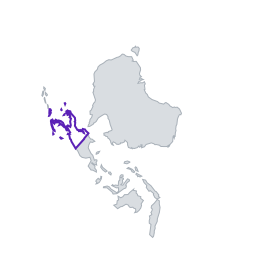 Papua New Guinea shown with its bordering countries, rotated 221°
{"feature_id": "PNG", "entity_name": "Papua New Guinea", "entity_type": "country or territory", "adm_level": 0, "iso_a3": "PNG", "parent_name": "Oceania", "parent_adm1": "", "projection": "orthographic", "projection_center": [148.76, -6.492], "detail": "medium", "context": "with_neighbors", "style": "outline", "palette": "violet", "viewbox_px": 256, "rotation_deg": 221, "n_neighbors": 3, "source": "natural_earth", "source_scale": "50m", "svg_char_len": 6861}
<svg xmlns="http://www.w3.org/2000/svg" viewBox="0 0 256 256"><g transform="rotate(221 128 128)"><path d="M154.2,78.2L154.5,98.1L151.8,95.7L148.8,95.1L148.0,96.0L144.3,96.2L145.5,93.7L147.3,92.8L146.5,89.5L145.0,86.9L139.2,84.5L136.7,84.3L132.2,81.6L131.4,83.1L130.3,83.4L129.6,82.3L129.5,81.0L127.3,79.5L130.4,78.3L132.5,78.3L132.3,77.5L128.0,77.7L126.8,75.9L124.2,75.4L122.9,74.0L126.9,73.1L128.4,72.0L133.1,73.1L134.4,79.2L137.5,80.9L140.0,77.6L143.4,75.7L146.1,75.6L150.9,77.7L154.2,78.2ZM107.9,98.9L108.4,100.4L106.7,102.8L104.4,103.6L104.1,103.3L105.3,100.3L107.9,98.9ZM134.1,91.8L133.7,89.5L134.8,87.3L135.5,88.2L135.5,89.7L134.1,91.8ZM88.1,60.4L86.5,63.2L88.4,66.0L87.9,67.4L90.8,70.0L87.7,70.6L86.8,72.7L86.9,75.4L84.4,77.7L84.4,80.7L83.6,85.5L83.2,84.4L80.3,86.0L79.2,84.2L77.5,84.2L76.2,83.3L73.3,84.6L72.3,83.2L68.8,83.4L68.3,79.3L67.1,78.6L65.9,76.1L65.6,73.4L65.9,70.6L67.4,68.5L67.7,70.5L69.3,72.0L70.9,71.3L72.4,71.4L73.9,69.7L75.1,69.3L77.4,70.0L79.5,69.2L80.9,64.9L81.9,63.8L82.9,60.3L88.1,60.4ZM119.7,79.8L122.9,80.5L124.0,82.8L121.5,81.7L115.5,81.8L116.1,80.0L119.7,79.8ZM112.6,83.1L110.6,82.6L110.1,81.3L112.9,81.1L113.7,82.0L112.6,83.1ZM115.5,64.8L115.7,66.5L117.4,66.7L117.7,67.9L117.5,70.5L116.0,70.3L115.6,72.2L116.8,73.7L116.0,74.1L114.8,72.2L114.0,68.4L114.6,66.0L115.5,64.8ZM98.0,69.2L104.6,69.1L107.4,66.8L107.9,67.5L105.6,70.6L103.5,71.3L100.9,70.8L94.0,71.8L93.6,74.1L96.0,76.7L97.5,75.2L102.6,73.9L102.4,75.3L101.2,74.9L100.0,76.8L97.6,78.1L100.3,81.9L99.8,82.9L102.4,86.3L102.4,88.3L101.0,89.3L99.9,88.3L101.1,85.7L98.5,87.1L97.8,86.3L98.1,85.1L96.1,83.4L96.2,80.4L94.4,81.4L95.0,89.3L93.3,89.9L92.2,89.1L92.8,86.2L92.3,83.3L91.2,83.3L90.3,81.3L91.4,79.2L93.0,72.1L93.6,70.8L95.9,68.4L98.0,69.2ZM95.6,103.8L91.9,101.9L94.3,101.1L96.8,102.8L96.7,103.7L95.6,103.8ZM98.0,98.4L99.8,98.0L102.1,96.8L101.8,98.5L97.8,99.6L94.3,99.4L94.2,98.3L96.3,97.6L98.0,98.4ZM89.8,98.4L91.4,98.0L92.1,99.3L86.0,100.7L86.8,98.9L88.2,98.7L88.8,97.6L89.8,98.4ZM65.2,94.4L65.6,95.4L70.2,95.3L70.6,94.0L75.2,95.1L76.2,97.0L80.0,97.3L83.2,98.8L80.5,100.2L77.6,99.2L72.9,99.5L66.0,98.1L65.1,98.5L60.8,97.7L60.3,96.4L58.3,96.4L59.6,93.3L62.3,93.2L65.2,94.4ZM55.2,79.1L55.6,81.2L56.4,82.8L58.1,82.9L59.2,84.7L58.8,88.5L59.0,93.3L56.6,93.6L54.6,91.2L51.7,89.1L49.0,85.0L46.3,78.8L44.6,76.5L43.3,71.7L41.6,70.0L40.7,67.6L39.4,66.1L37.7,63.1L37.6,61.6L41.7,61.7L47.4,70.3L49.5,70.1L51.2,72.0L52.4,74.4L54.1,75.6L53.2,78.2L54.4,79.1L55.2,79.1Z" fill="#d9dde1" stroke="#a8b0b8" stroke-width="1"/><path d="M217.6,102.6L218.4,103.7L216.3,103.6L215.3,101.7L217.6,102.6ZM216.4,99.9L216.0,100.5L213.9,97.8L213.3,95.9L214.3,96.0L216.4,99.9ZM213.9,100.7L211.0,100.4L210.4,99.9L210.6,98.7L212.6,99.2L213.9,100.7ZM210.5,95.0L211.3,96.6L206.3,93.0L206.8,92.7L210.5,95.0ZM201.4,90.4L204.3,92.8L203.7,92.9L202.4,92.2L201.2,90.9L201.4,90.4Z" fill="#d9dde1" stroke="#a8b0b8" stroke-width="1"/><path d="M175.3,188.7L176.7,188.9L176.9,191.9L176.1,192.7L175.9,194.7L175.1,194.0L173.6,195.7L171.8,195.5L170.3,193.4L169.9,191.8L168.5,189.6L168.5,188.5L172.3,189.6L175.3,188.7ZM120.8,167.3L116.7,169.5L116.6,171.0L116.1,172.1L112.8,172.6L110.7,172.2L107.6,172.8L106.8,174.3L106.1,174.3L104.5,176.0L101.5,176.1L97.3,174.2L96.8,172.6L97.7,172.2L97.9,171.5L97.1,168.6L96.4,167.0L93.5,162.8L93.1,161.2L91.4,158.6L90.1,157.6L89.1,155.4L86.6,152.1L87.9,153.2L86.4,150.6L87.8,151.4L88.7,152.4L88.3,151.0L85.4,147.1L85.5,143.2L84.9,141.5L85.3,139.3L86.0,141.5L86.6,139.4L90.8,135.8L91.9,135.5L92.6,135.8L95.8,134.1L96.7,133.1L98.1,133.1L100.6,132.1L103.5,127.5L103.3,124.6L104.8,122.0L106.2,124.5L107.3,123.9L106.1,122.5L106.8,121.0L108.0,121.6L108.1,119.3L109.9,116.5L111.3,115.9L111.2,115.1L112.5,115.4L112.4,114.6L114.9,113.6L117.1,114.9L118.8,116.7L122.3,116.8L121.6,115.2L122.7,112.7L123.9,111.9L123.4,111.1L124.5,109.3L126.2,108.2L127.7,108.5L130.0,107.9L129.9,106.3L127.7,105.4L129.2,104.9L131.2,105.6L132.8,106.8L135.3,107.5L136.1,107.1L137.9,108.0L139.6,107.1L140.7,107.4L141.3,106.8L142.8,108.2L141.0,111.1L140.0,111.3L140.4,112.5L138.7,115.5L139.0,116.4L143.6,118.9L147.3,121.6L149.7,122.3L150.2,123.3L153.0,124.2L154.8,123.2L155.9,120.2L157.0,116.1L156.3,112.1L156.7,109.8L157.2,109.1L156.7,108.1L158.0,104.0L159.1,102.8L159.9,104.3L160.2,106.2L160.9,106.6L161.1,107.8L162.2,109.4L162.4,112.2L163.5,114.6L165.4,113.4L167.8,115.8L167.5,117.2L168.2,119.8L168.6,121.3L169.4,121.6L170.2,124.2L170.0,125.7L170.9,127.8L178.0,132.0L177.7,132.7L179.3,134.6L180.4,137.8L181.5,137.1L182.7,138.4L183.3,138.0L183.8,141.1L189.1,146.4L189.8,148.7L189.6,152.1L190.7,154.5L190.5,157.1L189.1,160.8L188.5,164.4L187.3,166.9L185.3,168.3L182.7,174.0L181.7,175.4L181.0,177.4L180.8,180.0L179.4,180.9L176.7,181.0L174.5,182.1L172.0,184.2L168.5,182.6L168.8,181.3L167.5,181.8L165.5,183.7L158.3,181.7L156.6,180.1L155.2,176.8L153.9,175.7L151.5,175.5L152.1,174.2L151.3,172.2L150.3,174.1L148.2,174.6L149.3,173.1L149.5,171.5L150.3,170.2L149.8,168.2L148.1,170.5L146.7,171.5L146.0,173.7L143.9,172.6L143.8,171.2L140.5,168.3L140.9,167.6L137.4,166.0L135.6,166.0L133.0,164.8L128.6,165.2L123.1,167.3L120.8,167.3Z" fill="#d9dde1" stroke="#a8b0b8" stroke-width="1"/><path d="M154.4,98.1L154.2,91.4L153.9,90.9L154.1,78.2L161.8,80.7L163.5,81.8L164.7,81.8L168.7,84.9L168.6,86.6L174.2,88.6L174.9,89.4L175.0,90.5L172.3,91.0L173.0,92.6L175.9,94.9L177.3,97.8L179.1,97.7L179.3,99.1L181.6,99.7L180.8,100.1L181.1,100.7L184.1,101.4L182.9,101.6L183.5,102.2L182.5,102.7L180.8,101.7L174.8,100.9L172.5,98.8L172.4,97.8L171.4,97.5L169.5,94.8L164.9,93.3L163.8,93.9L162.3,93.0L163.2,94.4L161.9,94.6L162.2,95.2L159.0,95.6L158.4,95.2L158.0,95.3L158.8,95.8L160.7,96.1L161.5,97.6L159.4,98.7L158.1,98.2L154.4,98.1ZM186.4,82.9L188.0,83.0L188.9,83.4L188.7,84.9L187.6,85.6L187.9,86.8L186.2,87.1L185.3,88.2L183.0,89.2L180.5,89.3L176.5,87.4L176.8,86.8L181.0,87.0L181.8,85.4L182.1,87.0L184.3,86.7L185.6,85.3L186.7,85.0L186.4,82.9ZM199.6,90.7L198.9,91.2L197.7,90.8L197.3,89.5L196.0,88.3L195.9,86.8L197.0,87.4L199.6,90.7ZM190.6,84.7L189.9,84.3L189.7,82.8L188.5,81.1L183.9,78.5L184.1,78.0L187.8,80.1L190.8,82.7L191.1,83.4L190.6,84.7ZM171.4,76.1L173.7,76.4L171.0,76.9L171.4,76.1ZM183.1,98.7L183.9,98.9L184.2,99.6L182.8,99.5L183.1,98.7ZM182.9,78.2L182.1,78.2L181.5,77.7L182.3,77.4L182.9,77.6L182.9,78.2ZM184.8,100.7L185.4,100.5L185.2,101.3L184.4,100.9L183.9,99.8L184.8,100.7ZM189.1,97.7L190.4,97.9L190.5,98.3L189.1,97.7ZM191.1,104.7L192.7,105.6L191.3,105.3L191.1,104.7ZM175.6,87.9L174.8,87.3L174.8,86.9L175.6,87.2L175.6,87.9ZM182.6,99.1L181.9,98.7L182.2,98.2L182.5,98.4L182.6,99.1ZM195.7,86.8L195.4,85.8L195.6,85.5L195.9,86.1L195.7,86.8ZM173.0,86.7L172.4,86.3L172.8,86.0L173.1,86.1L173.0,86.7ZM180.9,74.8L180.2,74.6L180.3,74.2L180.7,74.5L180.9,74.8ZM169.5,84.3L169.0,84.4L169.4,84.0L169.5,84.3ZM184.9,96.8L184.6,96.2L184.9,95.8L185.0,96.3L184.9,96.8ZM161.7,96.2L162.2,96.7L161.0,95.9L161.7,96.2Z" fill="none" stroke="#5b21b6" stroke-width="2"/></g></svg>